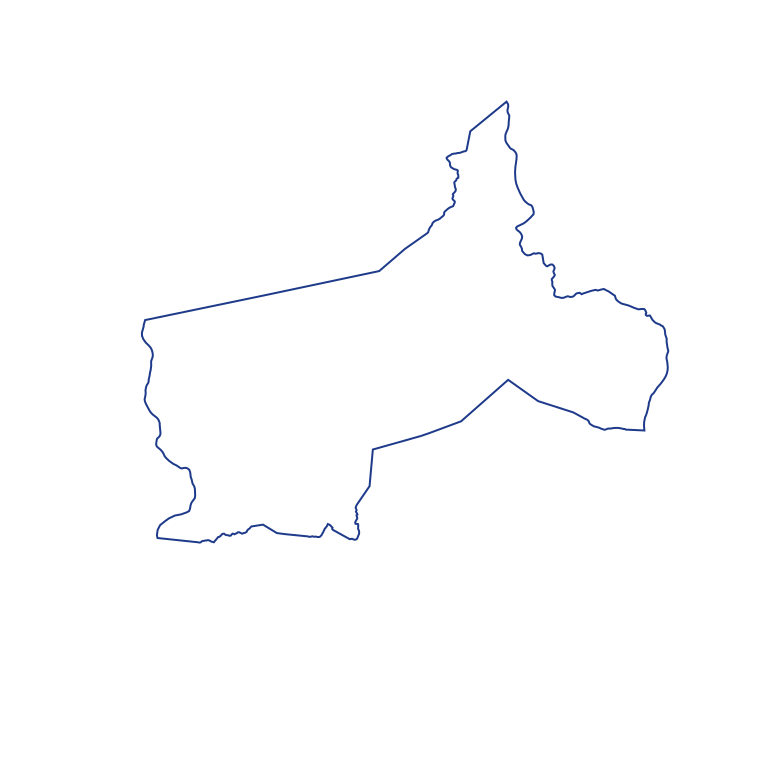 Pilão Arcado, Bahia, Brazil (orthographic projection), rotated 141°
{"feature_id": "56859067B31784854037335", "entity_name": "Pilão Arcado", "entity_type": "district", "adm_level": 2, "iso_a3": "BRA", "parent_name": "Brazil", "parent_adm1": "Bahia", "projection": "orthographic", "projection_center": [-43.194, -9.96], "detail": "fine", "context": "isolated", "style": "outline", "palette": "blue", "viewbox_px": 768, "rotation_deg": 141, "n_neighbors": 0, "source": "geoboundaries", "source_scale": "gbopen_adm2", "svg_char_len": 6166}
<svg xmlns="http://www.w3.org/2000/svg" viewBox="0 0 768 768"><g transform="rotate(141 384 384)"><path d="M111.1,526.3L157.9,526.1L172.4,514.0L173.4,513.6L174.5,513.8L175.3,514.4L179.0,515.7L180.2,516.3L181.3,517.1L183.3,518.0L184.3,518.8L185.4,519.4L186.5,519.9L188.7,520.1L190.7,520.5L192.8,520.5L193.4,519.8L193.5,518.3L193.3,516.6L193.3,515.4L193.6,514.4L194.3,513.5L195.0,512.3L195.5,510.9L195.3,509.5L194.1,506.6L193.3,505.5L192.4,504.3L192.4,503.3L194.2,501.5L194.6,500.5L194.8,499.6L195.6,498.5L196.5,497.5L197.5,497.8L198.5,497.7L199.5,497.0L200.6,496.7L201.5,496.8L202.7,496.3L203.4,494.9L204.2,493.6L205.0,492.1L205.3,490.9L206.0,489.7L207.1,488.9L208.9,488.5L210.3,488.4L211.2,488.1L211.4,487.0L212.2,486.2L214.0,485.2L214.4,484.2L214.1,481.3L215.1,480.3L216.0,480.0L217.0,479.3L218.5,478.7L219.8,479.2L221.2,479.6L223.2,479.9L224.9,479.9L227.9,479.8L229.5,479.3L230.3,478.2L231.5,477.5L232.7,477.4L235.8,477.4L236.7,477.3L238.4,477.6L240.1,478.2L241.4,478.6L243.6,478.7L244.8,478.5L245.7,478.1L246.9,477.3L248.6,477.0L250.2,476.5L251.8,475.8L253.1,474.9L254.2,474.1L255.6,474.0L282.6,475.8L316.7,474.8L422.2,528.7L529.4,584.0L533.7,581.0L534.4,580.1L540.0,576.1L541.8,573.6L542.8,570.5L543.1,566.2L542.6,562.1L542.5,559.3L542.8,557.4L543.3,556.0L543.8,554.7L544.7,553.1L546.0,551.3L547.4,550.2L550.6,548.3L553.5,544.6L555.1,543.1L556.9,541.4L558.6,540.2L560.8,538.1L564.2,535.4L565.2,534.2L566.4,533.3L568.0,532.7L568.9,532.5L570.9,531.3L573.3,529.2L575.1,526.7L576.9,525.0L579.7,522.7L580.6,521.2L581.5,518.5L582.6,512.9L583.1,509.9L583.1,508.1L583.0,506.1L581.8,501.0L581.7,499.3L581.9,497.8L582.5,495.8L583.3,494.2L584.1,493.3L588.6,486.5L589.4,485.7L590.9,484.8L592.7,484.4L594.1,484.4L595.3,484.0L598.3,481.3L599.2,480.3L599.7,479.0L599.8,477.7L599.0,473.6L598.9,470.4L599.2,468.5L599.9,466.1L599.9,463.5L599.4,459.7L599.0,458.1L598.0,454.5L596.5,451.3L595.1,446.7L594.1,445.5L592.3,444.7L590.5,443.3L589.8,441.9L589.3,440.0L590.1,437.5L592.9,433.0L593.3,431.5L595.5,426.9L595.7,424.9L596.1,423.3L597.1,421.3L600.9,416.2L603.0,414.3L606.2,413.5L608.3,412.9L610.5,411.6L613.2,409.2L615.4,407.9L618.1,408.4L624.0,410.5L629.1,413.3L635.6,414.9L640.3,415.2L646.9,415.2L651.8,413.0L655.6,409.4L656.5,407.8L656.9,406.8L628.6,378.5L627.8,377.6L627.0,376.7L626.0,376.3L624.8,376.4L623.6,376.1L622.6,375.4L621.3,374.8L620.6,374.2L619.3,373.6L618.3,372.6L617.4,370.3L615.9,368.1L609.1,369.4L608.1,368.8L607.0,368.9L605.9,368.9L604.7,369.2L603.5,369.0L602.4,368.2L602.2,366.8L601.6,365.8L600.3,364.5L599.5,363.1L598.3,362.6L596.9,363.0L595.7,362.9L595.2,362.1L594.8,361.3L593.8,361.2L592.6,360.7L590.9,360.7L589.9,360.0L588.4,356.9L587.2,356.6L585.8,355.9L584.1,355.5L581.9,356.4L580.7,356.4L579.4,356.3L577.9,356.6L576.6,356.7L566.5,350.8L561.1,335.6L555.3,329.5L539.2,313.6L538.5,312.6L537.6,311.7L536.5,311.2L535.3,310.5L534.4,309.2L533.0,308.3L532.0,307.0L531.0,306.1L530.0,305.6L527.9,305.8L527.0,306.1L525.8,306.7L524.2,307.2L523.3,307.8L522.1,308.2L521.0,308.9L520.0,308.9L519.0,309.2L518.1,309.4L516.9,309.9L515.8,310.5L514.9,308.9L514.6,307.3L514.6,306.0L514.4,304.8L515.5,304.0L515.4,302.5L508.3,285.0L506.9,284.2L506.1,283.6L505.6,282.6L504.9,281.5L503.7,280.8L502.3,280.7L497.6,283.3L496.9,284.1L496.1,285.1L495.7,286.1L495.3,287.7L493.7,289.6L492.9,290.4L492.4,291.6L494.1,293.3L493.6,294.5L492.4,295.2L489.6,296.2L489.0,297.0L488.0,299.3L486.8,299.3L486.4,300.6L486.2,302.4L484.7,303.2L484.2,304.6L484.0,305.6L482.9,306.4L481.0,307.3L459.5,313.7L433.9,340.1L388.1,320.4L379.9,317.4L347.6,306.5L284.9,309.1L275.0,273.7L254.7,242.7L249.7,230.5L249.1,229.5L248.5,228.0L248.3,226.2L248.9,224.9L249.0,223.2L248.5,221.6L247.5,219.0L245.9,216.9L244.1,214.3L243.7,213.2L241.5,209.7L240.4,209.1L238.5,208.6L237.3,207.9L236.0,206.8L233.2,205.2L232.0,204.4L231.2,203.7L230.2,203.0L229.0,201.8L227.1,199.6L226.1,198.2L225.2,197.5L224.8,196.4L210.9,184.0L208.3,187.8L205.7,190.8L203.8,192.4L201.8,194.0L200.4,194.6L197.7,196.3L194.2,198.9L191.6,201.0L190.0,202.7L187.2,204.3L185.0,206.0L183.9,206.6L182.4,207.1L180.2,207.2L173.6,209.3L168.8,210.1L163.7,211.4L160.5,212.6L157.8,214.0L155.0,216.2L153.1,218.2L152.5,219.1L150.1,222.7L148.2,226.4L146.3,228.2L142.7,230.4L142.1,231.1L140.8,233.9L139.1,236.7L138.2,238.3L137.2,239.7L135.8,241.3L134.3,245.4L131.9,249.1L131.4,250.2L131.0,253.4L131.9,255.3L132.0,256.2L133.9,259.6L134.6,261.1L135.0,264.6L134.8,266.3L134.3,269.1L134.3,270.0L136.6,271.3L137.1,272.8L136.5,273.8L135.3,274.3L134.5,277.1L134.6,278.4L136.0,279.8L137.7,280.9L139.2,281.8L141.6,285.6L143.6,289.4L144.8,291.5L148.2,296.2L149.0,297.5L149.9,300.3L150.3,302.6L150.3,303.7L150.1,304.7L149.0,307.3L149.9,310.2L151.2,314.7L152.1,316.5L153.3,319.4L155.3,320.5L159.0,322.1L160.3,324.0L164.4,326.0L172.3,329.0L173.9,329.4L174.5,331.7L176.8,333.0L178.2,333.3L180.0,333.0L181.4,332.9L182.6,333.2L184.5,334.4L185.4,335.8L186.1,336.6L187.8,337.3L189.8,337.8L191.9,339.2L193.8,341.8L195.1,343.3L195.7,344.2L195.8,346.0L194.4,347.5L192.5,348.9L191.8,349.8L191.6,351.3L191.4,354.1L190.4,355.7L189.6,356.7L188.9,357.3L188.3,359.0L187.5,360.0L186.1,360.2L183.9,360.6L182.6,361.3L182.1,363.6L181.5,364.9L178.8,366.4L178.2,367.1L177.7,369.0L177.9,370.8L178.6,371.5L179.6,372.1L183.2,372.8L183.7,374.0L183.8,377.5L179.7,384.7L179.7,386.0L180.2,386.9L181.6,388.6L184.1,389.7L184.8,390.7L185.6,391.4L188.9,392.1L190.4,392.9L191.7,393.8L192.8,396.4L192.9,400.2L192.5,401.2L191.7,402.3L191.1,404.5L190.9,406.2L190.5,407.2L189.3,408.2L188.3,408.8L185.4,410.2L183.8,411.7L183.0,414.0L182.9,415.1L182.9,416.6L183.1,417.6L183.6,419.7L183.6,421.0L183.2,422.2L181.4,422.6L174.2,420.9L171.0,420.8L165.9,421.1L161.0,421.8L159.4,423.4L157.6,427.2L157.2,428.4L157.1,429.5L157.3,430.7L158.5,432.6L159.0,434.8L159.4,436.7L159.5,439.0L159.1,441.5L158.1,446.8L156.6,452.4L155.2,456.4L153.3,460.0L149.2,465.7L145.5,469.8L139.7,475.2L137.3,477.8L136.3,479.6L136.0,481.6L136.1,484.3L137.4,487.2L137.5,488.3L137.1,494.3L136.4,496.8L134.7,499.1L133.1,501.0L132.2,501.7L130.1,502.9L127.3,504.3L125.4,505.7L123.3,507.8L122.6,508.7L120.5,510.8L117.8,513.6L117.1,516.6L116.7,517.8L115.7,519.1L112.8,521.5L111.5,523.3L111.1,526.3Z" fill="none" stroke="#1e3a8a" stroke-width="2"/></g></svg>